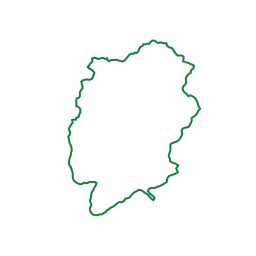 Carmo da Cachoeira, Minas Gerais, Brazil (Mercator projection), rotated 299°
{"feature_id": "56859067B43602016556704", "entity_name": "Carmo da Cachoeira", "entity_type": "district", "adm_level": 2, "iso_a3": "BRA", "parent_name": "Brazil", "parent_adm1": "Minas Gerais", "projection": "mercator", "projection_center": [-45.2, -21.454], "detail": "fine", "context": "isolated", "style": "outline", "palette": "green", "viewbox_px": 256, "rotation_deg": 299, "n_neighbors": 0, "source": "geoboundaries", "source_scale": "gbopen_adm2", "svg_char_len": 3147}
<svg xmlns="http://www.w3.org/2000/svg" viewBox="0 0 256 256"><g transform="rotate(299 128 128)"><path d="M194.7,94.8L192.9,93.8L190.7,93.3L188.0,92.8L185.8,92.4L183.6,91.2L183.0,89.2L182.4,87.0L182.0,84.6L180.6,82.6L179.2,80.2L177.3,79.1L177.3,77.1L178.8,75.9L177.2,74.3L177.1,71.7L175.4,70.0L174.0,68.7L173.6,67.0L173.3,64.6L171.3,62.9L169.2,64.5L167.4,64.4L165.7,63.6L164.0,63.8L161.9,63.1L161.1,65.6L161.4,67.4L160.9,69.6L160.1,71.8L157.6,72.2L155.5,72.6L153.6,72.6L151.7,71.3L150.3,68.2L149.2,66.7L147.6,65.4L145.9,64.6L144.0,66.4L142.7,67.8L140.8,68.9L138.1,68.6L135.9,68.6L134.1,69.6L132.2,70.7L130.2,70.0L129.0,68.7L126.6,69.6L123.9,71.3L122.1,72.1L122.3,74.5L121.7,76.8L118.8,78.8L116.5,78.8L113.9,79.4L111.8,77.9L110.0,78.3L109.0,76.5L107.9,75.2L105.8,77.0L103.7,76.8L101.3,76.4L98.9,76.7L97.3,78.0L95.8,79.9L93.6,80.3L91.6,79.9L89.6,81.6L87.1,83.7L85.6,85.5L84.7,86.9L83.0,88.4L81.1,89.7L78.5,90.3L76.0,91.3L74.4,91.3L72.4,91.9L69.8,92.8L67.1,94.5L66.3,96.8L64.8,98.2L63.3,99.9L61.9,101.4L59.9,102.5L57.7,103.9L56.0,105.7L55.3,108.1L55.2,111.0L55.5,113.3L56.7,114.9L58.8,115.9L59.8,118.9L61.5,120.1L62.7,121.7L63.6,123.3L64.5,124.9L64.7,127.1L62.4,127.6L59.4,127.5L57.5,127.8L55.6,127.5L53.9,127.5L51.3,128.4L49.1,129.4L46.4,129.7L44.4,131.6L43.1,133.2L41.4,133.4L39.1,133.7L36.9,135.2L35.8,137.4L35.3,139.1L35.6,141.0L37.1,143.8L38.9,145.3L39.8,147.1L42.2,148.1L43.7,149.3L45.8,149.4L47.5,150.6L49.1,151.2L50.6,152.0L52.6,153.5L55.7,154.6L58.8,156.0L60.0,158.5L62.4,159.9L64.9,160.0L66.6,162.0L68.3,163.2L70.4,163.4L72.3,163.9L74.1,164.4L75.6,165.2L77.2,166.4L79.2,167.4L80.1,170.6L79.7,172.5L79.5,174.5L79.4,176.8L79.0,178.5L78.3,180.1L77.5,182.5L77.2,185.1L79.4,185.3L80.4,183.8L80.7,182.0L81.1,180.0L81.5,177.9L82.5,176.0L84.8,175.9L86.6,177.1L87.4,178.8L88.7,180.8L90.8,182.0L92.3,183.7L94.0,184.9L95.5,185.9L97.2,186.7L99.3,188.1L101.6,187.2L103.6,186.8L106.1,187.3L108.1,189.0L109.5,190.5L111.6,191.9L113.3,193.1L114.8,191.2L115.9,189.7L117.7,189.9L119.7,189.9L119.7,187.9L119.7,185.5L119.1,183.1L119.4,180.9L121.5,179.5L122.7,177.7L124.4,176.7L126.7,176.4L129.4,175.7L131.8,174.4L133.8,173.1L135.7,173.6L137.6,175.3L140.0,177.3L142.6,178.4L145.5,178.7L148.3,178.7L149.9,177.7L151.3,176.3L153.8,176.0L155.8,177.6L157.3,179.6L158.6,180.6L160.5,180.6L162.7,180.5L165.2,180.3L167.4,178.8L169.8,179.9L171.9,180.9L174.0,181.3L177.0,181.2L179.7,181.8L180.9,179.9L182.1,178.2L183.6,176.8L184.7,175.5L185.6,174.0L186.7,172.2L187.0,169.2L186.9,166.8L185.1,165.4L186.2,162.8L186.6,159.8L187.7,157.8L189.4,156.4L191.7,156.3L193.5,157.0L195.2,157.2L197.2,156.1L199.0,154.7L200.8,154.3L202.9,154.6L204.8,155.0L206.6,156.1L209.1,155.2L211.8,156.4L214.4,155.5L214.5,153.1L214.2,151.0L214.2,149.0L213.5,146.8L213.0,143.9L215.2,143.2L217.3,142.1L217.5,140.0L216.5,138.2L215.4,136.2L216.3,133.4L217.5,131.0L218.7,129.1L219.1,127.2L218.5,125.0L218.8,122.3L220.7,120.6L219.5,118.3L218.7,115.1L216.9,113.0L217.0,111.0L217.3,108.8L216.1,106.7L213.5,105.9L211.8,105.7L211.0,103.9L209.5,102.7L208.8,100.8L206.9,100.9L204.9,99.6L202.6,99.5L199.8,99.9L197.8,99.1L197.2,97.5L195.4,96.8L194.7,94.8Z" fill="none" stroke="#15803d" stroke-width="2"/></g></svg>